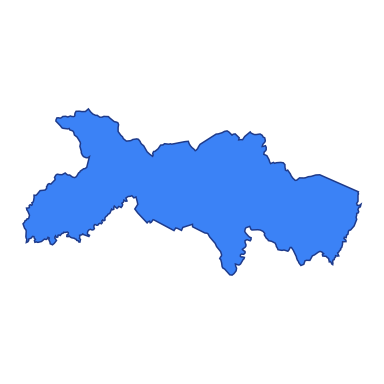 outline of Goiatuba, Goiás, Brazil
{"feature_id": "56859067B21537019746622", "entity_name": "Goiatuba", "entity_type": "district", "adm_level": 2, "iso_a3": "BRA", "parent_name": "Brazil", "parent_adm1": "Goiás", "projection": "robinson", "projection_center": [-49.724, -17.991], "detail": "fine", "context": "isolated", "style": "filled", "palette": "blue", "viewbox_px": 384, "rotation_deg": 0, "n_neighbors": 0, "source": "geoboundaries", "source_scale": "gbopen_adm2", "svg_char_len": 5947}
<svg xmlns="http://www.w3.org/2000/svg" viewBox="0 0 384 384"><path d="M232.1,275.1L234.0,273.6L236.1,270.9L236.6,268.2L235.7,266.3L235.4,264.0L238.5,265.0L239.5,264.8L240.6,263.9L243.2,259.4L244.0,258.8L244.4,257.4L242.4,256.9L241.3,257.0L240.4,256.4L240.4,255.0L241.3,254.1L243.7,254.3L245.1,252.9L245.0,251.4L243.3,250.4L242.4,249.3L245.1,247.3L245.9,246.1L246.0,244.8L245.0,242.3L245.1,240.6L247.0,239.6L250.2,240.8L251.0,239.6L251.1,237.7L249.5,237.1L248.3,236.0L245.9,233.3L244.7,231.4L245.3,228.7L246.0,227.7L249.7,226.4L251.0,229.4L251.9,230.0L257.7,229.7L260.2,230.0L263.1,231.4L264.7,233.4L264.3,234.9L266.5,238.5L267.6,239.1L268.4,240.6L271.6,241.3L275.1,243.1L276.0,244.9L276.4,246.6L277.3,247.9L278.0,249.7L282.0,250.4L284.0,250.0L287.9,251.2L288.9,250.1L290.2,247.5L291.4,247.5L293.2,250.1L296.3,256.6L296.7,258.3L297.5,260.3L298.4,261.4L298.8,262.7L300.9,265.5L303.8,264.3L305.0,260.8L306.5,260.3L309.9,260.4L312.4,255.8L314.5,254.9L318.4,252.1L320.0,251.4L321.7,251.9L323.6,253.7L322.4,254.3L322.7,256.0L326.2,256.4L327.3,257.6L328.6,258.5L329.3,261.9L330.4,261.5L331.2,262.7L331.7,263.9L332.7,264.6L332.9,263.2L332.7,262.0L332.9,260.2L334.2,259.6L334.5,258.0L335.5,257.1L335.6,255.7L337.3,256.1L338.8,255.9L337.6,253.0L338.7,252.1L339.5,250.7L340.7,249.7L340.6,248.6L341.8,247.3L342.5,244.3L342.6,241.8L346.0,241.6L345.9,240.2L344.0,238.6L344.3,237.3L346.2,237.6L346.5,235.2L347.9,234.3L348.4,231.3L349.2,230.3L350.6,230.0L354.1,226.0L356.7,219.4L356.1,217.3L356.7,215.1L356.7,213.4L358.2,212.9L358.7,211.7L357.9,209.5L359.0,207.3L360.3,206.9L361.0,204.2L359.4,205.4L357.3,205.3L356.6,203.4L358.0,201.3L358.0,195.0L358.5,193.9L358.0,192.9L358.4,191.8L319.8,174.8L315.7,175.0L311.1,176.4L308.3,176.7L305.4,177.8L303.8,178.0L299.5,177.9L296.7,180.2L295.2,180.4L292.8,178.1L291.1,175.7L290.4,174.0L287.7,170.1L286.5,170.7L285.4,170.0L285.4,168.7L285.0,167.7L284.9,164.6L283.3,162.8L280.8,162.4L276.5,162.7L274.6,163.3L273.5,162.4L270.6,163.6L269.7,162.0L269.0,159.6L266.9,155.7L263.8,154.3L264.2,152.0L265.7,150.6L266.2,149.6L266.2,147.3L265.4,145.7L263.6,146.3L262.2,146.5L262.8,144.4L264.8,142.1L265.3,140.9L265.1,139.5L264.7,137.8L263.2,137.1L262.2,135.3L260.1,134.0L256.0,134.6L254.1,134.5L251.1,133.1L250.2,131.9L244.7,136.5L242.6,139.7L240.5,139.6L238.7,139.9L239.2,137.8L235.2,133.9L233.2,134.2L232.0,135.1L228.9,132.0L227.1,130.9L224.5,131.4L222.1,132.7L218.3,133.9L216.1,134.1L200.1,144.3L198.7,146.4L197.5,148.8L196.1,150.2L195.2,150.7L194.0,149.2L192.0,147.6L190.5,145.9L189.2,143.8L188.3,141.3L185.0,141.6L171.6,144.2L170.5,143.8L168.8,144.2L164.5,143.7L163.0,144.9L160.6,145.1L158.2,148.7L154.9,151.4L153.6,151.5L152.7,153.4L153.1,155.0L152.6,156.3L149.8,154.3L147.1,151.8L143.7,145.8L141.6,144.1L140.8,143.1L140.0,141.3L138.4,139.3L136.8,138.9L132.8,139.5L131.1,140.5L129.7,140.8L126.4,141.1L123.3,138.6L122.5,136.8L120.8,135.3L118.1,131.5L118.1,127.5L118.6,124.7L117.9,122.8L116.8,122.2L114.2,121.6L109.8,118.0L108.4,116.6L103.8,116.4L101.9,117.2L99.8,117.2L97.2,115.3L95.7,115.4L92.8,114.0L90.7,112.0L88.4,108.9L85.4,111.5L81.9,111.6L79.5,111.2L76.1,111.3L75.2,112.8L74.8,114.2L74.9,115.3L74.5,116.3L73.5,116.6L71.8,116.5L70.4,116.0L67.9,117.0L65.6,116.3L62.8,116.5L61.5,117.6L60.2,118.2L58.6,117.8L56.9,117.9L56.0,119.9L55.9,121.1L60.4,125.8L61.9,127.8L63.0,128.3L67.9,128.9L69.2,128.5L69.8,129.9L72.7,130.9L73.7,132.2L74.4,135.0L77.1,137.1L80.1,142.0L80.5,143.4L79.9,146.3L81.3,151.4L81.3,152.9L82.4,155.2L83.5,156.6L86.1,157.7L88.0,157.7L89.4,156.7L86.7,167.4L85.0,168.6L83.6,168.8L80.3,171.1L79.6,172.3L78.6,172.9L77.0,175.7L76.0,176.9L74.7,177.6L72.5,177.1L69.7,175.0L68.6,175.1L67.3,174.8L65.2,173.0L62.0,174.7L59.4,174.6L57.6,174.2L56.6,174.5L55.8,175.2L54.5,177.5L55.0,178.6L55.1,179.7L50.8,184.1L49.1,183.6L47.6,184.5L47.4,185.7L46.6,186.4L46.6,188.4L45.0,190.1L40.1,190.6L37.1,194.3L36.0,195.3L34.0,195.2L34.1,197.5L33.5,201.1L32.8,202.4L31.9,202.7L32.3,204.3L31.7,205.3L30.2,204.7L29.2,205.6L29.4,207.6L27.8,208.1L26.5,208.1L26.9,210.0L27.7,211.0L29.5,215.2L28.8,218.0L28.2,218.8L27.1,218.8L26.3,220.2L25.1,220.6L24.5,222.2L23.0,223.8L24.5,228.1L25.9,229.9L26.2,231.1L25.9,236.6L26.1,237.9L26.8,239.3L26.3,242.5L27.7,241.9L28.7,240.6L28.7,239.1L31.3,238.0L32.5,236.4L33.9,236.6L34.3,238.2L35.4,239.4L34.4,240.5L34.9,242.3L36.4,241.9L37.3,242.3L38.3,242.3L41.5,241.5L44.4,239.1L46.2,239.5L47.3,238.8L48.0,237.3L49.2,238.0L48.8,239.5L50.0,242.3L50.2,243.8L52.5,244.8L54.3,243.3L56.5,240.5L54.8,238.1L54.9,236.9L55.5,235.9L56.0,236.9L56.9,237.4L57.9,236.9L58.0,235.3L59.1,235.0L60.2,235.5L61.8,233.5L63.0,233.3L63.8,232.2L64.8,232.5L67.4,232.0L68.3,232.6L68.3,234.1L67.0,234.8L66.8,236.5L68.1,236.7L69.0,235.9L70.4,237.2L71.8,237.8L74.3,238.3L75.2,239.0L76.2,239.3L76.7,240.4L78.1,240.6L78.8,242.0L79.9,242.1L80.5,239.4L79.4,238.3L79.8,236.7L79.6,235.3L81.9,234.8L82.8,233.9L83.6,234.6L88.9,236.5L89.5,235.3L87.6,234.3L87.4,232.9L87.8,231.3L88.9,229.9L90.4,229.3L92.1,230.0L93.7,229.6L94.4,228.4L93.9,227.4L93.9,226.0L94.5,224.6L95.6,224.6L96.4,225.2L97.8,225.2L98.8,223.8L100.2,223.2L101.3,223.8L102.3,222.7L101.8,220.9L102.8,219.9L103.8,220.8L105.0,220.1L104.9,217.9L105.9,216.5L107.3,215.5L108.0,214.2L108.9,213.9L110.0,213.0L111.6,209.1L112.5,209.8L113.8,209.3L113.8,207.4L114.3,206.1L117.0,208.4L117.9,207.6L118.6,206.5L119.9,206.7L121.1,207.5L122.2,206.1L122.7,204.7L121.9,203.2L123.1,202.4L123.7,201.5L123.9,200.1L125.8,201.3L127.0,201.0L125.9,198.0L128.1,196.5L130.4,196.3L131.8,195.7L133.9,197.9L136.0,197.0L137.1,201.1L137.8,204.3L134.8,209.0L137.8,213.0L147.1,222.9L148.2,221.7L149.6,221.2L150.2,222.8L151.3,222.2L153.1,219.7L154.1,220.0L174.0,230.6L175.7,228.0L177.5,228.4L181.5,230.4L182.8,227.4L192.5,224.3L192.6,226.8L204.9,233.0L206.9,233.2L207.9,233.7L209.7,237.0L215.2,243.4L216.6,246.6L220.6,251.6L221.5,254.4L221.5,255.8L220.4,257.2L219.7,258.7L220.7,259.5L221.6,262.8L222.1,266.5L222.7,267.9L224.7,269.1L229.8,274.8L232.1,275.1Z" fill="#3b82f6" stroke="#1e3a8a" stroke-width="1.5"/></svg>